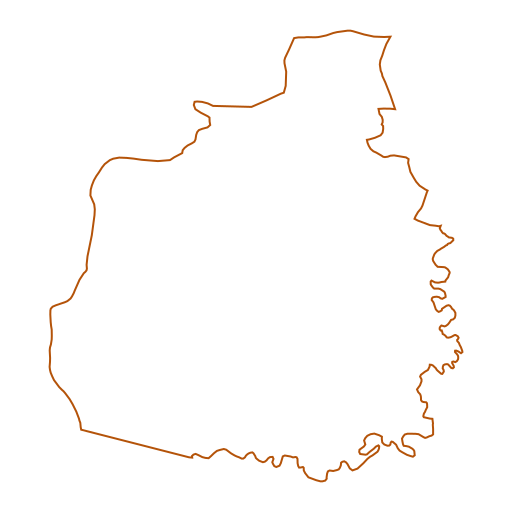 Stueng Saen, Kâmpóng Thum, Cambodia (orthographic projection)
{"feature_id": "14789045B79526031906839", "entity_name": "Stueng Saen", "entity_type": "district", "adm_level": 2, "iso_a3": "KHM", "parent_name": "Cambodia", "parent_adm1": "Kâmpóng Thum", "projection": "orthographic", "projection_center": [104.889, 12.631], "detail": "fine", "context": "isolated", "style": "outline", "palette": "amber", "viewbox_px": 512, "rotation_deg": 0, "n_neighbors": 0, "source": "geoboundaries", "source_scale": "gbopen_adm2", "svg_char_len": 6037}
<svg xmlns="http://www.w3.org/2000/svg" viewBox="0 0 512 512"><path d="M192.2,457.6L192.0,456.0L193.5,454.6L195.6,453.9L198.6,455.2L202.3,457.1L205.4,457.9L208.6,458.2L211.0,456.1L214.0,453.2L216.9,450.9L219.7,450.0L223.8,449.0L226.2,449.7L231.1,453.4L234.5,455.4L236.6,456.4L239.1,457.3L241.7,458.6L243.2,458.6L244.9,457.4L245.9,455.7L247.1,454.5L248.5,453.5L250.4,452.7L252.4,452.4L253.5,453.3L255.3,456.2L255.8,457.8L256.5,458.6L259.1,460.7L262.9,462.2L264.8,461.7L266.5,460.4L268.2,458.3L270.0,457.1L272.6,456.9L273.5,458.9L272.3,462.2L272.9,463.7L274.3,466.1L276.3,467.0L279.5,465.7L280.8,463.2L282.8,456.4L284.8,455.5L290.6,456.5L293.0,457.4L295.5,457.0L296.6,457.3L297.5,458.9L297.6,463.2L298.2,466.0L299.1,467.6L300.7,467.5L302.9,467.0L303.7,467.8L303.8,470.5L305.2,473.2L308.4,477.3L316.2,480.2L320.3,481.3L322.5,481.3L325.2,480.6L326.7,478.7L326.6,477.4L327.1,473.6L327.9,471.4L329.6,470.5L333.2,471.0L336.8,470.1L338.7,469.4L339.8,467.9L340.8,465.5L341.1,462.7L342.3,461.8L344.2,461.3L346.0,462.3L347.5,464.1L349.8,468.4L352.5,470.4L357.5,468.6L363.4,463.2L367.4,458.9L370.0,456.8L372.5,455.4L377.5,451.7L378.3,450.3L379.0,448.5L379.2,446.2L378.4,445.4L375.9,446.6L373.7,448.8L369.5,452.0L366.9,454.4L365.5,454.7L360.2,454.0L359.2,452.0L359.5,449.7L363.9,446.5L365.3,444.5L364.1,440.5L365.2,438.2L367.3,435.8L370.6,434.2L374.3,433.6L379.1,435.2L381.9,436.7L381.8,439.0L382.3,442.5L384.3,444.5L387.4,445.7L389.2,445.6L390.3,444.6L390.7,442.6L391.5,441.6L392.8,441.9L396.1,444.7L397.8,448.3L399.6,450.6L402.2,452.2L406.9,454.8L410.4,456.0L412.9,456.7L414.7,455.3L414.3,451.1L413.5,449.8L412.3,448.7L408.9,446.7L406.3,446.1L403.7,445.8L403.0,444.2L402.4,441.3L402.0,438.6L403.3,436.3L404.8,434.5L407.6,433.7L415.4,433.8L418.6,434.2L423.6,437.2L425.1,437.9L426.7,437.5L429.4,436.2L431.6,435.6L433.1,434.4L433.1,428.9L432.8,424.7L433.0,423.5L432.4,418.8L429.9,418.6L423.8,417.2L423.3,416.2L423.9,413.6L425.1,411.7L425.6,410.3L427.2,407.2L427.1,404.3L426.9,403.1L426.2,402.3L423.3,402.0L421.9,401.4L421.0,400.0L421.0,398.0L420.8,396.1L420.2,394.3L418.2,392.1L417.0,389.4L420.0,385.3L421.5,381.3L421.5,379.3L420.1,376.6L420.9,374.8L424.8,371.8L427.9,370.0L429.6,366.6L429.8,364.7L431.3,364.8L432.8,365.4L435.9,368.3L436.5,369.5L437.4,370.5L441.2,373.8L442.3,373.9L443.8,371.6L443.6,370.0L442.7,368.4L442.9,366.5L443.5,365.1L444.9,364.4L447.0,364.1L448.2,364.5L451.3,368.0L452.8,368.3L453.9,367.3L453.7,365.9L452.1,363.0L452.3,361.8L453.5,361.5L455.3,362.1L456.8,361.2L458.0,359.4L458.2,358.2L458.2,356.8L457.9,355.5L456.9,354.1L455.0,352.0L455.1,350.7L456.2,350.6L458.4,351.5L461.0,353.2L462.4,352.1L462.3,351.0L460.9,347.2L459.7,345.0L458.9,342.9L457.3,341.1L457.1,340.0L458.0,339.0L458.6,337.8L457.8,336.3L455.6,335.0L454.5,335.1L451.5,336.8L450.2,337.3L448.2,337.7L446.7,337.4L445.5,335.8L443.8,334.5L442.7,334.0L442.3,332.1L441.7,330.4L440.6,330.5L439.6,329.0L439.8,327.4L440.6,326.3L441.4,325.5L444.6,326.4L445.9,325.9L447.8,324.5L449.2,322.8L451.1,319.9L453.1,319.4L454.8,317.8L455.4,315.6L455.4,312.9L454.2,310.7L453.4,309.7L452.2,308.9L451.0,306.9L449.9,305.7L448.6,305.2L446.6,305.7L442.0,308.8L441.7,310.4L440.2,311.3L438.7,311.9L437.3,311.0L435.8,309.3L433.5,302.4L431.7,300.0L431.9,298.4L432.9,297.3L434.6,296.9L436.8,296.7L439.1,297.2L440.7,298.4L442.3,298.8L445.6,297.0L445.6,295.7L445.0,293.1L444.3,291.7L440.3,289.1L438.4,288.6L434.2,288.6L433.0,287.6L431.2,285.2L430.7,284.2L430.7,281.5L431.5,280.6L435.0,282.4L438.0,282.7L439.5,282.5L441.4,282.0L445.3,281.6L445.5,280.5L448.1,277.3L448.7,275.3L449.7,272.8L449.5,271.8L447.8,269.3L445.9,267.9L444.9,267.3L443.3,267.1L437.6,266.8L436.5,265.6L435.7,264.9L433.3,261.2L432.8,259.7L432.8,258.4L434.3,254.4L435.3,253.0L437.3,250.9L439.9,249.5L440.8,248.8L444.2,246.8L445.8,245.5L447.1,245.0L447.7,244.0L448.7,243.5L450.3,243.1L453.3,240.2L453.2,238.6L451.9,237.8L448.8,237.4L447.6,236.4L446.6,235.9L445.1,234.1L444.2,233.5L443.1,233.3L442.1,232.2L441.2,230.7L440.5,229.9L439.8,228.3L440.7,225.8L439.1,226.3L435.5,225.7L429.9,225.1L417.9,220.6L414.5,218.8L415.5,216.4L418.0,212.1L421.0,208.5L422.5,205.5L426.8,192.5L427.6,190.6L425.4,189.5L419.6,185.7L416.2,181.8L413.8,177.9L410.4,171.9L409.2,166.9L408.1,162.9L408.6,159.1L406.0,157.4L394.1,155.4L390.4,155.7L387.8,156.7L384.9,157.1L383.2,156.8L381.1,155.4L376.3,152.6L373.4,151.3L370.6,148.9L368.7,145.7L367.5,142.7L366.9,139.8L369.0,139.5L374.9,137.8L380.6,135.3L382.6,132.7L383.2,128.9L383.1,126.0L381.7,124.4L382.6,122.5L382.7,119.9L381.8,116.8L379.5,114.0L378.5,108.9L383.6,108.6L390.4,108.7L395.1,109.2L390.5,95.6L385.3,82.4L382.4,76.1L381.9,73.5L380.7,70.7L379.8,64.5L380.4,60.3L382.3,55.5L384.0,50.1L386.4,43.9L390.4,36.7L384.2,37.0L373.9,36.6L364.1,34.5L352.9,31.2L350.6,30.7L347.3,30.7L337.1,32.1L333.3,33.0L326.4,35.4L320.8,36.6L318.1,37.1L314.8,37.3L306.8,37.1L304.3,37.4L298.4,37.4L294.1,38.1L289.1,49.4L285.1,57.8L284.4,60.4L284.5,63.3L286.2,71.7L285.7,85.9L283.8,92.7L280.8,93.7L266.5,100.4L251.5,106.9L213.0,105.9L207.8,103.4L202.1,101.9L197.2,101.5L194.6,101.8L193.8,105.0L195.4,109.2L200.8,112.7L207.8,116.3L209.5,117.6L209.6,121.5L210.2,125.0L207.5,127.4L202.3,128.8L198.9,130.1L197.2,132.1L196.2,134.9L195.5,139.4L194.4,141.7L191.9,143.3L187.6,145.5L184.6,147.9L182.7,150.2L182.2,153.1L174.2,157.3L170.0,160.1L157.9,161.1L141.7,159.8L133.5,158.6L126.5,157.9L119.2,157.6L113.2,158.7L109.9,160.1L104.7,164.1L102.0,167.5L98.9,172.4L96.3,176.1L93.9,180.3L91.9,185.4L90.7,189.8L90.4,195.5L94.2,204.3L94.8,209.3L94.5,215.2L91.8,235.3L87.5,256.3L86.6,264.8L86.9,268.6L86.5,270.4L85.3,271.9L83.8,273.2L79.5,279.8L74.9,290.2L73.7,293.2L72.0,296.4L70.6,298.5L67.4,301.1L65.2,302.1L55.8,305.3L52.6,306.7L50.8,308.7L50.4,310.4L50.3,314.5L50.7,322.1L51.1,326.0L51.7,329.6L51.8,336.0L51.7,339.5L50.9,344.5L50.0,347.4L49.7,350.4L50.1,358.0L50.0,362.0L49.6,366.9L50.0,369.9L50.7,372.7L52.2,376.3L54.0,380.1L59.3,387.2L62.0,389.9L63.5,391.2L65.2,393.2L69.6,399.1L72.6,404.2L76.3,411.6L79.0,418.7L79.4,420.5L80.3,422.8L80.7,427.2L81.2,429.7L189.0,457.3L192.2,457.6Z" fill="none" stroke="#b45309" stroke-width="2"/></svg>